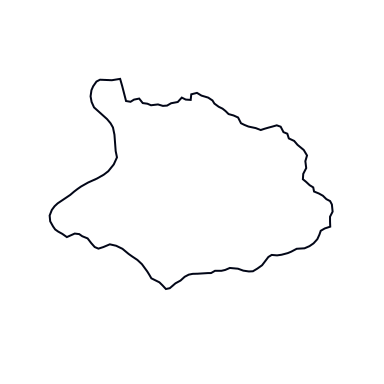 outline of Itaju, São Paulo, Brazil, rotated 29°
{"feature_id": "56859067B23985784357287", "entity_name": "Itaju", "entity_type": "district", "adm_level": 2, "iso_a3": "BRA", "parent_name": "Brazil", "parent_adm1": "São Paulo", "projection": "natural_earth1", "projection_center": [-48.797, -21.954], "detail": "fine", "context": "isolated", "style": "outline", "palette": "ink", "viewbox_px": 384, "rotation_deg": 29, "n_neighbors": 0, "source": "geoboundaries", "source_scale": "gbopen_adm2", "svg_char_len": 1960}
<svg xmlns="http://www.w3.org/2000/svg" viewBox="0 0 384 384"><g transform="rotate(29 192 192)"><path d="M104.4,292.1L109.6,285.2L113.8,283.5L117.4,283.9L123.2,283.2L128.5,285.5L133.6,287.3L137.6,286.9L141.1,283.2L145.5,277.6L151.7,275.8L158.7,275.4L166.6,276.9L171.1,277.4L177.2,277.9L183.2,279.4L191.4,283.2L194.8,285.1L198.3,287.2L207.3,286.8L211.3,287.9L216.2,289.5L219.2,286.9L221.8,279.9L224.9,275.0L226.7,269.7L229.2,265.9L232.2,263.3L236.6,260.7L241.3,257.7L244.9,255.4L248.0,253.6L250.3,249.8L256.0,246.6L258.8,244.1L261.9,240.1L269.4,236.8L275.0,235.9L280.3,233.9L283.7,231.8L286.3,227.3L288.8,222.1L290.3,211.8L292.2,208.4L297.1,206.2L300.7,203.5L305.4,199.0L307.7,196.1L311.1,190.9L317.7,186.7L321.0,182.4L323.2,178.0L324.5,172.5L324.1,167.5L323.4,163.5L325.8,159.5L329.7,155.3L327.1,151.0L324.7,146.7L324.5,141.0L320.4,135.1L317.2,133.0L313.0,133.1L308.3,131.8L303.7,131.8L298.5,132.4L295.8,129.2L291.6,129.0L286.8,127.8L282.8,127.1L280.5,122.2L280.3,115.7L276.2,110.1L274.9,104.3L269.4,101.1L261.4,99.6L256.6,97.8L250.7,98.2L247.1,94.8L243.0,95.3L237.9,91.9L233.8,92.6L230.7,95.7L227.7,98.6L225.0,101.3L222.0,104.5L216.8,105.2L209.6,107.4L205.4,107.9L201.5,108.1L196.2,104.5L191.3,104.9L186.2,106.1L181.9,104.9L178.3,104.3L174.0,104.5L168.7,103.8L165.5,102.0L160.4,101.6L153.5,103.1L148.3,102.9L144.0,106.9L146.2,112.1L141.7,114.2L137.3,114.4L135.9,120.2L130.7,124.5L128.3,128.5L124.8,130.8L119.8,131.9L114.1,136.0L110.2,136.4L105.8,138.1L100.5,135.9L96.5,139.3L94.5,142.9L90.2,144.4L79.6,133.2L74.3,127.9L67.7,133.1L57.1,138.4L54.9,141.7L54.3,147.4L54.7,151.7L56.9,157.5L60.5,161.9L65.3,165.5L82.3,169.4L87.5,171.4L91.6,173.9L96.4,179.5L105.4,193.2L109.6,198.1L110.2,205.8L108.7,214.4L106.4,219.7L102.3,226.4L96.6,234.0L92.3,241.0L90.4,244.9L88.7,248.8L86.9,253.6L84.4,258.5L80.0,267.1L78.7,271.1L78.1,275.6L78.9,281.6L82.2,286.4L87.2,289.5L90.5,291.1L94.1,291.5L98.9,291.5L104.4,292.1Z" fill="none" stroke="#020617" stroke-width="2"/></g></svg>